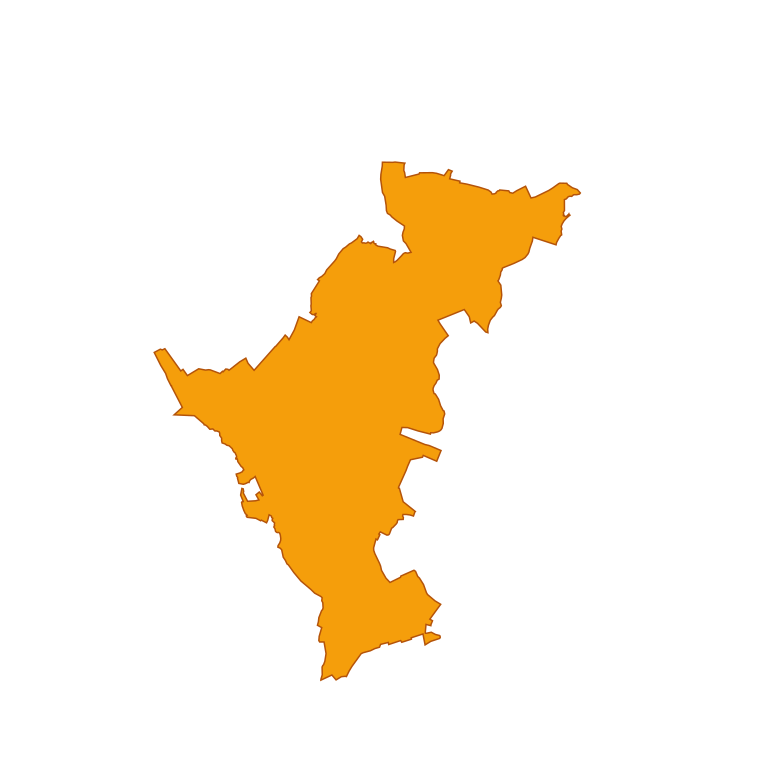 the district of Ungheni, Mures, Romania, rotated 218°
{"feature_id": "2599482B6625151408486", "entity_name": "Ungheni", "entity_type": "district", "adm_level": 2, "iso_a3": "ROU", "parent_name": "Romania", "parent_adm1": "Mures", "projection": "mercator", "projection_center": [24.431, 46.458], "detail": "fine", "context": "isolated", "style": "filled", "palette": "amber", "viewbox_px": 768, "rotation_deg": 218, "n_neighbors": 0, "source": "geoboundaries", "source_scale": "gbopen_adm2", "svg_char_len": 6171}
<svg xmlns="http://www.w3.org/2000/svg" viewBox="0 0 768 768"><g transform="rotate(218 384 384)"><path d="M394.2,627.0L398.4,618.1L400.0,613.6L402.9,612.3L404.6,613.0L412.3,608.1L412.4,607.0L413.2,606.3L413.6,604.1L413.3,603.5L414.0,601.9L415.8,600.2L417.8,601.1L421.3,601.0L430.6,597.5L441.6,592.6L448.3,589.1L449.0,590.6L458.6,586.1L460.0,589.5L460.9,590.6L461.3,593.7L465.2,592.6L464.9,585.2L472.3,582.4L476.0,580.3L486.0,572.3L485.7,571.0L494.3,559.9L497.9,563.3L499.9,564.5L503.1,569.1L503.5,570.9L511.9,565.7L513.5,564.1L521.8,557.8L519.5,554.6L515.5,547.3L512.7,543.3L503.1,534.0L499.0,532.3L492.4,526.2L488.8,522.1L486.3,520.6L483.1,521.0L480.7,520.5L474.0,520.4L465.2,521.1L463.5,518.7L462.5,515.4L461.0,512.4L456.8,508.7L453.1,508.2L443.7,504.4L445.9,501.7L448.0,500.6L448.7,499.4L449.1,497.9L449.1,496.4L449.8,489.5L450.4,487.2L451.2,485.7L453.5,488.7L456.5,495.5L457.4,496.1L462.2,494.2L465.0,493.6L473.8,488.8L476.4,488.6L476.8,489.4L477.7,488.8L479.4,489.0L479.6,489.7L480.2,489.9L480.4,488.9L481.2,487.5L480.8,487.0L480.9,486.4L484.0,486.0L484.2,484.9L485.1,483.6L486.7,482.9L487.9,481.8L489.3,482.1L489.9,484.9L492.9,485.9L495.1,485.8L494.6,482.0L496.5,475.1L497.5,473.1L498.5,468.2L499.5,465.5L499.7,458.6L498.7,453.4L498.6,450.7L499.4,438.6L498.6,434.5L499.3,430.4L500.4,427.8L500.6,425.4L498.4,425.5L496.9,410.5L495.2,408.6L494.7,407.1L490.6,402.2L489.8,400.7L486.5,397.1L486.3,396.3L486.4,394.7L483.6,394.6L482.5,395.0L481.8,395.8L481.3,397.5L481.0,397.7L480.5,395.4L478.6,395.4L479.0,393.6L478.8,391.8L479.3,389.7L479.1,387.6L492.3,384.7L487.9,371.3L486.1,360.4L488.9,361.4L492.0,361.7L491.9,358.3L492.5,347.0L492.8,346.5L494.8,314.8L503.9,316.6L508.8,319.3L511.3,312.8L514.6,299.4L516.0,299.5L517.9,298.4L518.3,294.6L519.1,294.6L519.6,291.3L529.5,288.2L531.0,287.3L533.2,285.1L539.4,281.9L544.1,269.6L551.4,271.8L552.2,269.2L578.4,276.9L579.7,274.4L581.7,273.7L584.5,267.4L571.4,261.2L562.6,257.9L557.8,254.8L550.8,251.5L550.5,251.8L549.8,251.2L528.5,241.4L530.4,230.5L513.9,242.3L501.5,241.7L500.6,241.1L499.3,241.8L497.1,241.8L493.4,241.1L491.2,243.2L488.3,242.9L486.9,244.0L484.4,244.8L483.2,244.1L481.7,242.3L478.7,241.4L477.0,239.3L475.3,237.9L472.4,238.9L470.1,239.0L468.0,240.0L463.7,239.6L462.3,238.7L460.1,238.0L459.3,238.2L456.4,236.8L455.1,235.7L455.2,234.3L454.4,233.7L453.4,234.6L451.3,232.8L445.8,231.1L443.9,231.1L441.6,230.0L441.8,229.2L441.7,227.5L442.9,225.0L445.0,222.0L443.3,220.7L441.8,220.3L441.5,219.6L437.2,216.3L433.1,218.4L431.8,220.2L430.5,222.9L429.7,223.3L430.3,225.2L430.2,226.8L428.9,229.9L428.6,231.8L410.8,222.0L411.1,221.0L415.8,222.1L416.7,217.9L411.2,215.6L413.3,212.9L419.3,207.6L427.4,211.3L428.2,212.1L428.4,212.9L430.4,214.7L431.7,214.2L428.6,208.2L422.5,204.7L423.3,203.8L423.4,203.1L420.6,200.6L416.7,198.1L413.5,196.5L411.0,196.3L411.3,195.2L409.8,194.7L402.2,199.3L397.0,200.3L396.8,201.2L391.1,202.3L391.7,204.9L394.0,210.2L391.4,210.6L390.3,209.6L389.0,209.7L388.5,208.1L388.0,207.5L384.7,207.2L383.5,205.1L382.9,204.9L382.8,203.5L380.8,202.8L378.7,201.1L377.4,201.0L376.5,201.3L375.7,202.1L374.5,202.3L372.8,201.2L370.3,198.8L369.2,197.2L368.3,194.6L368.0,191.5L367.2,190.1L364.8,190.7L362.6,190.4L356.8,185.5L353.2,184.3L349.6,182.5L348.0,182.6L338.9,179.9L328.2,177.6L315.4,177.1L309.9,176.5L302.9,177.7L301.2,177.5L299.6,174.9L297.6,174.0L294.2,170.1L293.6,168.7L293.6,166.8L291.5,159.8L289.3,156.2L287.9,152.9L283.1,153.7L279.7,145.2L277.4,141.7L275.9,141.1L272.4,143.8L263.7,135.9L259.9,129.1L258.8,125.6L258.9,124.4L258.5,122.8L253.6,116.8L252.0,112.7L251.4,111.8L245.9,122.6L239.6,121.3L237.4,127.1L234.6,129.8L233.5,130.3L234.8,136.5L235.4,141.7L236.0,157.4L235.0,159.4L230.5,165.4L228.3,169.9L225.5,173.8L226.4,176.7L221.5,183.0L219.9,181.6L212.9,192.1L211.0,191.4L205.3,199.8L206.3,200.8L199.4,211.0L191.0,203.7L188.7,210.0L183.5,217.8L183.7,219.0L184.7,219.9L185.4,220.0L189.3,218.3L193.9,217.5L197.1,213.7L197.9,213.1L198.6,213.8L202.9,220.4L198.3,222.4L198.9,223.4L200.0,227.3L203.1,226.9L203.7,245.3L210.4,244.5L220.1,244.9L222.1,245.7L229.4,250.3L236.6,252.9L238.9,253.1L243.8,255.8L245.7,255.7L252.5,243.0L252.0,241.8L257.1,231.3L262.9,232.2L271.2,235.6L274.7,238.5L277.1,239.9L286.8,244.7L289.7,246.6L291.3,248.5L294.9,256.9L293.3,257.0L293.3,257.7L294.5,262.7L295.7,262.6L295.9,265.2L288.7,266.7L287.7,267.7L287.4,268.5L287.5,269.4L289.2,275.0L288.7,276.5L288.2,281.2L288.3,282.9L289.1,284.3L289.4,285.8L285.5,289.1L286.6,290.8L288.0,291.3L288.7,292.9L286.0,295.0L282.9,296.8L279.5,298.1L280.9,302.2L280.8,302.8L296.4,303.0L307.7,311.3L308.4,310.9L309.0,311.6L313.4,329.5L314.7,333.5L316.5,340.6L308.6,350.0L309.1,351.9L294.9,355.6L298.1,366.7L310.6,363.3L314.5,361.5L340.3,354.2L343.1,360.8L338.5,364.2L328.2,368.0L316.6,373.1L317.2,374.3L314.8,376.1L312.2,379.4L311.3,381.2L310.9,382.9L311.0,384.7L313.0,389.4L316.0,393.0L317.7,397.7L318.1,398.1L320.1,399.7L321.1,399.5L326.0,401.7L331.5,405.5L337.4,407.7L338.7,407.3L341.7,409.5L342.7,411.0L343.5,413.7L343.6,416.6L344.4,419.8L343.6,421.8L345.9,425.0L350.8,428.3L358.0,431.2L358.9,432.4L360.4,435.2L360.4,439.0L361.0,440.5L362.1,442.7L363.6,444.6L364.7,450.4L364.0,457.6L363.1,461.6L376.8,465.9L380.8,467.5L366.6,492.1L358.2,489.5L353.3,485.5L351.7,489.1L347.7,489.4L335.9,487.6L333.7,488.4L336.1,491.1L337.9,494.7L339.5,499.7L339.5,503.6L339.1,505.9L340.1,512.0L340.1,513.6L339.5,515.9L339.7,517.9L342.6,520.0L344.4,523.9L346.0,526.6L352.8,533.8L357.7,535.4L357.7,536.6L359.3,541.4L360.9,544.1L361.2,546.8L362.0,547.9L361.6,549.2L355.9,559.0L351.8,567.1L350.7,570.5L350.6,575.0L351.1,577.3L352.6,580.5L355.1,588.0L357.0,591.3L334.1,599.6L335.1,601.7L335.9,606.3L336.2,609.8L335.8,610.9L338.6,613.6L339.2,615.6L341.4,617.3L342.2,620.0L342.6,623.5L342.4,626.6L341.6,630.9L341.0,631.9L341.9,631.2L343.0,631.9L342.8,630.3L343.2,630.3L343.3,628.7L344.4,627.4L345.8,627.8L346.1,627.1L346.6,627.3L347.1,628.6L348.3,629.6L348.6,631.8L355.4,640.4L354.3,642.1L354.1,645.1L353.1,646.4L351.6,647.4L351.1,649.9L348.6,651.9L346.9,654.0L346.9,655.4L351.4,656.2L356.4,654.6L362.2,654.2L363.5,654.7L369.1,650.5L369.7,649.4L371.7,642.5L373.3,638.0L379.9,624.5L382.7,621.1L394.2,627.0Z" fill="#f59e0b" stroke="#b45309" stroke-width="1.5"/></g></svg>